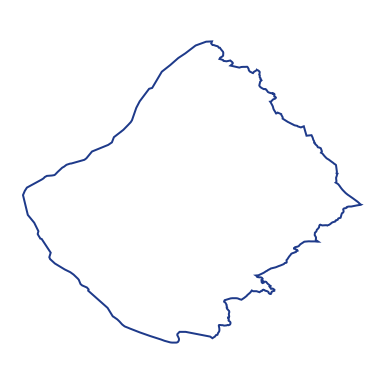 Askim nor, Østfold, Norway
{"feature_id": "86288312B6065445509759", "entity_name": "Askim nor", "entity_type": "district", "adm_level": 2, "iso_a3": "NOR", "parent_name": "Norway", "parent_adm1": "Østfold", "projection": "natural_earth1", "projection_center": [11.217, 59.597], "detail": "fine", "context": "isolated", "style": "outline", "palette": "blue", "viewbox_px": 384, "rotation_deg": 0, "n_neighbors": 0, "source": "geoboundaries", "source_scale": "gbopen_adm2", "svg_char_len": 5933}
<svg xmlns="http://www.w3.org/2000/svg" viewBox="0 0 384 384"><path d="M336.2,182.2L336.4,181.3L336.4,180.6L336.2,179.4L336.1,177.7L336.8,175.8L336.9,175.0L337.5,173.6L336.6,173.3L336.9,171.8L336.3,167.3L336.0,165.1L335.4,164.5L334.1,163.7L333.5,163.1L331.0,161.3L328.9,159.7L326.6,158.3L324.5,156.1L322.3,153.4L321.0,152.7L321.9,151.3L320.8,148.3L319.5,147.6L318.0,147.3L317.5,146.7L317.2,145.9L315.2,144.1L315.1,143.2L314.1,142.7L314.2,141.8L314.1,141.2L313.4,140.0L313.2,139.5L313.0,138.8L312.6,137.5L311.5,135.2L306.5,135.7L303.8,126.3L300.9,127.4L297.8,126.4L297.3,125.9L294.5,125.3L287.8,121.9L282.6,118.6L282.7,117.3L281.3,114.8L281.2,114.1L277.6,112.6L276.7,113.3L276.1,113.5L275.9,113.3L275.4,112.2L273.9,109.8L273.4,108.7L273.0,107.0L272.5,105.7L271.4,103.7L270.9,102.7L270.2,101.7L271.0,101.6L273.0,99.5L275.3,98.5L275.8,97.9L275.9,97.7L275.4,96.9L274.3,96.5L274.2,95.8L274.4,95.1L274.5,94.5L274.3,94.0L273.9,94.0L274.0,93.9L273.8,93.6L273.1,93.2L272.6,93.2L272.4,93.0L271.2,93.2L270.2,93.0L269.8,92.7L269.1,92.6L268.5,92.3L267.8,91.9L267.4,91.2L266.9,90.6L266.4,89.8L265.7,89.5L265.7,89.3L265.6,89.1L264.8,89.0L263.7,89.1L261.3,87.8L259.8,86.5L259.3,85.4L260.2,81.6L261.5,80.3L260.9,79.5L260.5,79.3L260.5,79.1L260.7,78.9L260.7,78.7L260.6,78.4L260.5,78.1L259.9,77.6L259.7,77.1L259.8,75.3L259.2,74.7L259.5,73.8L259.7,72.1L259.4,71.5L258.3,70.5L257.6,70.3L256.8,69.8L256.7,70.2L256.5,70.3L254.0,71.8L253.0,73.1L252.6,73.0L251.4,72.3L250.2,71.8L249.3,70.9L248.8,70.1L248.6,68.9L247.8,67.4L247.2,66.8L242.7,66.9L241.3,67.0L239.3,67.6L230.5,65.6L231.9,64.4L232.7,63.5L232.8,63.0L232.3,62.2L230.3,60.5L226.6,61.3L223.5,60.9L223.2,60.2L222.9,60.0L220.8,59.3L219.5,59.0L220.1,57.8L222.1,56.6L223.1,55.7L223.3,52.9L223.0,51.8L221.1,49.5L220.6,48.8L220.3,48.4L220.0,47.8L219.8,47.7L218.8,47.7L218.0,46.5L217.4,46.2L215.8,45.8L213.9,45.1L212.5,45.0L211.2,43.5L212.0,41.4L206.1,41.7L195.6,45.5L185.4,53.3L178.3,58.0L170.2,65.1L161.8,71.7L152.2,87.9L149.1,88.8L139.7,101.3L136.3,107.8L133.1,117.0L132.0,120.2L130.8,122.1L127.9,125.2L123.4,129.8L113.9,137.2L111.9,142.4L108.2,144.9L92.0,151.5L86.4,158.3L84.4,159.8L71.3,163.5L70.1,163.6L66.5,164.8L64.0,166.7L62.2,167.7L57.6,172.0L55.1,174.6L54.3,175.1L52.0,175.5L46.9,175.9L44.7,177.1L43.6,178.3L41.8,179.5L26.9,187.6L24.8,190.9L23.0,195.1L27.8,214.9L34.2,222.7L38.4,231.2L37.7,234.0L38.4,235.4L39.9,237.8L40.2,238.5L41.7,239.0L50.7,252.7L49.3,257.2L50.1,259.1L54.9,263.5L64.8,269.5L70.3,272.2L73.6,274.6L77.8,278.6L78.8,279.8L80.5,284.0L82.1,285.4L86.9,287.5L88.6,289.4L88.2,290.7L107.6,307.9L112.8,316.4L113.3,316.6L117.3,319.4L119.4,321.4L122.2,324.5L124.4,326.2L125.1,326.6L127.9,327.7L129.8,328.5L139.8,332.4L150.4,336.1L161.0,339.5L164.5,340.8L170.3,342.4L172.1,342.6L175.9,342.6L176.9,342.5L178.0,341.9L178.3,341.5L178.9,340.2L179.0,339.3L178.9,338.5L177.9,336.2L177.4,335.5L177.3,334.7L177.4,334.1L179.5,331.9L185.8,331.9L210.2,336.6L212.4,338.2L215.0,336.5L215.9,335.2L217.4,334.8L217.7,334.1L217.9,333.3L219.0,331.7L219.3,330.9L219.4,330.0L219.3,328.2L218.8,325.7L218.9,325.2L219.4,325.0L220.1,325.0L221.8,325.2L222.8,325.2L224.0,325.6L226.5,325.4L227.6,325.0L228.5,325.2L229.5,324.8L230.1,324.4L230.4,323.7L230.5,322.9L230.4,322.3L230.2,322.0L230.0,321.7L228.8,320.8L228.6,320.6L228.7,319.4L228.8,319.2L228.6,318.6L228.1,318.3L228.0,317.5L229.0,317.3L229.2,316.3L228.8,314.1L229.3,312.0L229.1,311.0L228.3,310.2L227.9,309.5L227.3,309.1L226.8,308.1L226.7,307.6L227.1,307.2L226.8,306.7L226.7,306.3L226.5,305.5L226.7,305.1L225.8,303.4L225.2,302.4L224.1,301.7L224.3,300.9L224.7,300.2L230.6,298.4L232.3,298.2L236.2,298.2L237.7,298.4L239.9,299.3L241.5,299.7L244.3,297.8L246.7,295.9L247.2,295.2L250.3,292.5L251.8,290.5L253.1,291.2L256.5,291.2L259.5,292.2L260.1,291.8L260.8,291.2L261.7,291.1L262.6,290.3L262.6,290.0L263.4,289.7L264.5,290.1L265.2,290.7L266.5,291.0L267.6,291.4L268.4,292.0L268.8,293.1L269.5,293.7L270.3,294.0L270.8,293.9L270.8,293.4L271.4,292.9L271.5,292.3L271.8,291.7L273.1,291.1L274.3,290.8L274.4,289.7L272.7,288.6L271.2,288.8L271.1,288.3L270.5,288.0L269.8,287.0L270.2,286.6L269.7,286.3L270.3,285.8L269.5,285.3L269.1,284.8L267.9,283.9L267.3,283.3L266.2,281.9L265.0,281.6L263.9,282.0L263.8,282.6L262.7,283.1L262.4,283.0L261.8,282.4L261.6,281.9L262.3,281.3L263.0,281.1L262.8,280.6L261.6,280.5L261.4,280.1L262.0,279.7L262.6,278.7L262.0,277.9L261.0,277.4L259.2,277.3L257.7,277.1L257.0,276.8L256.6,275.9L256.0,275.5L258.4,275.3L263.7,272.8L266.3,271.1L267.2,270.7L268.1,270.0L269.9,269.1L270.8,268.5L275.7,267.3L278.9,266.0L280.4,265.5L283.5,264.2L284.0,263.9L284.7,263.1L286.4,262.7L286.7,262.2L286.5,260.2L287.4,259.2L288.7,257.2L289.3,256.3L290.2,255.3L291.0,254.2L291.4,253.7L292.5,253.2L294.0,252.7L294.8,252.3L295.8,252.1L296.3,251.3L297.4,250.8L297.1,250.5L297.3,250.2L297.2,250.0L296.0,249.5L295.6,249.2L295.1,249.1L294.9,248.8L294.6,248.7L294.5,248.3L294.4,248.2L294.0,248.3L294.0,248.1L294.6,247.7L294.8,247.4L295.8,247.0L297.7,246.6L298.8,246.0L300.3,244.3L303.7,242.1L304.3,241.7L308.8,241.3L309.7,241.3L310.5,241.4L314.9,241.4L317.9,241.7L318.3,241.7L315.8,240.0L315.8,239.4L316.0,238.5L315.9,237.9L316.0,237.3L314.7,235.1L314.7,234.8L314.9,233.4L314.9,232.8L315.2,232.4L316.0,231.8L316.5,231.0L316.8,229.9L316.9,229.7L318.0,228.7L319.0,227.4L319.4,225.5L319.8,224.9L320.3,224.7L322.2,225.4L326.1,225.2L327.1,225.3L327.3,225.5L328.0,225.2L329.3,224.7L330.7,223.7L331.1,223.3L332.3,222.4L332.9,222.2L334.3,221.8L335.4,221.4L335.5,221.3L335.5,220.7L335.9,220.3L337.6,219.8L338.1,218.8L338.3,218.5L338.9,218.2L339.9,218.0L340.6,217.7L341.6,214.1L342.0,213.2L342.8,212.8L343.3,212.2L343.5,211.7L343.6,211.2L343.2,209.3L343.7,208.7L344.3,208.3L345.6,208.2L346.6,207.7L346.8,207.5L346.7,207.2L347.1,206.9L348.9,206.5L351.4,206.5L356.9,205.4L360.8,204.8L361.0,204.7L360.7,204.6L357.9,202.0L352.6,198.1L347.7,194.7L345.6,193.0L342.4,189.7L340.9,187.8L339.5,185.8L338.3,184.3L337.4,183.6L335.7,182.6L336.2,182.2Z" fill="none" stroke="#1e3a8a" stroke-width="2"/></svg>